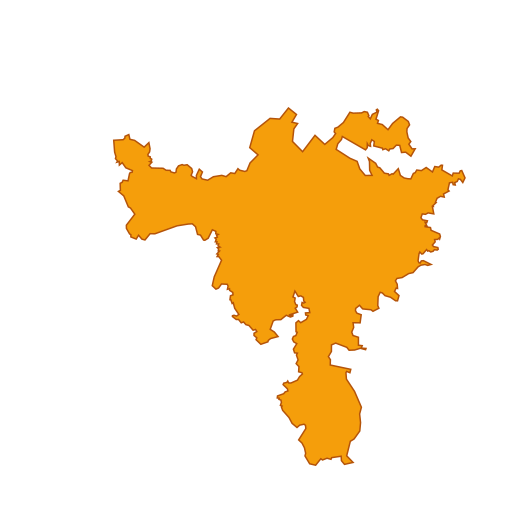 Teloloapan, Guerrero, Mexico (Robinson projection), rotated 199°
{"feature_id": "50627088B66496365235965", "entity_name": "Teloloapan", "entity_type": "district", "adm_level": 2, "iso_a3": "MEX", "parent_name": "Mexico", "parent_adm1": "Guerrero", "projection": "robinson", "projection_center": [-99.906, 18.387], "detail": "fine", "context": "isolated", "style": "filled", "palette": "amber", "viewbox_px": 512, "rotation_deg": 199, "n_neighbors": 0, "source": "geoboundaries", "source_scale": "gbopen_adm2", "svg_char_len": 6103}
<svg xmlns="http://www.w3.org/2000/svg" viewBox="0 0 512 512"><g transform="rotate(199 256 256)"><path d="M108.6,90.3L104.5,87.8L97.0,92.4L105.2,96.6L106.5,111.5L103.7,114.9L100.9,124.3L102.9,132.5L106.6,140.4L107.1,147.3L118.8,160.1L130.4,169.0L133.0,175.0L132.7,176.4L129.2,176.2L129.5,179.7L150.3,177.1L151.9,182.2L154.8,184.4L153.6,190.3L155.7,196.5L152.3,199.6L140.4,199.2L137.3,197.2L132.2,199.2L127.3,202.7L121.9,203.1L121.9,204.4L126.5,203.2L126.4,205.8L130.1,205.0L132.7,212.5L138.4,212.4L140.7,215.2L140.4,220.3L142.5,224.5L135.8,226.7L137.4,234.7L142.0,234.8L144.1,236.6L144.7,238.9L142.1,243.1L137.9,240.7L129.8,242.6L127.4,241.8L122.8,246.6L124.7,248.7L127.3,257.3L126.8,262.1L124.5,262.2L121.1,260.5L115.4,260.8L109.4,259.1L107.6,259.7L107.9,265.1L113.5,267.6L113.0,271.3L111.6,271.4L113.3,275.3L116.1,277.9L115.4,280.7L110.8,283.2L105.9,289.1L102.1,291.4L99.2,298.5L97.1,301.0L93.4,303.0L90.6,303.0L87.7,305.0L96.2,306.1L98.1,305.2L98.5,302.8L99.6,302.6L101.2,304.2L102.6,311.1L102.4,313.1L99.9,311.8L98.8,312.5L96.8,317.6L95.2,316.5L94.3,317.3L92.1,316.7L90.1,318.1L89.4,320.0L86.6,320.6L85.9,321.7L86.8,323.2L91.2,322.7L92.8,323.8L91.2,327.7L92.5,329.7L89.6,330.9L88.7,332.6L87.9,331.9L88.0,334.5L89.5,336.6L98.8,337.3L100.3,339.7L105.7,338.8L105.9,339.7L104.1,340.0L107.1,342.9L105.4,343.1L105.4,345.1L110.4,344.4L112.5,345.9L112.5,349.9L109.3,350.6L107.3,352.8L101.6,353.7L105.4,360.3L104.5,360.6L105.1,361.2L103.1,365.1L103.8,365.1L103.6,369.5L101.0,372.5L97.2,373.0L98.9,375.7L94.6,380.3L96.1,381.1L96.9,388.2L94.1,389.7L92.8,387.6L90.7,388.0L92.0,390.1L90.0,392.0L89.7,394.9L87.7,395.0L84.4,392.8L83.8,397.9L89.3,403.8L90.6,403.0L90.9,400.4L96.5,398.6L96.5,395.6L108.3,397.9L109.2,402.5L110.5,402.2L112.2,399.5L116.1,398.8L116.5,392.9L123.9,395.1L127.4,390.6L132.0,389.6L132.6,386.6L134.1,385.3L134.7,379.3L137.6,378.5L141.3,378.0L145.7,379.2L149.9,384.9L153.0,378.0L154.1,378.1L156.4,375.6L157.5,376.8L161.6,376.1L167.6,379.7L170.0,379.7L173.0,382.6L181.8,385.1L179.5,382.3L176.4,374.0L172.5,370.0L178.9,367.7L186.2,372.1L191.2,378.4L199.0,379.0L214.9,382.9L215.2,388.8L213.1,394.0L213.3,397.1L187.0,392.0L186.1,394.6L187.3,398.4L185.8,397.0L183.4,397.0L184.6,399.6L184.4,403.6L181.4,402.8L180.5,398.4L171.6,399.1L170.7,397.8L168.5,399.6L164.7,398.7L164.3,400.8L161.4,402.2L159.4,406.5L156.1,407.4L152.1,401.2L148.3,402.9L142.0,400.8L140.4,409.2L143.3,408.1L147.9,411.5L146.9,414.6L150.6,417.2L153.8,422.5L154.7,425.7L153.5,430.0L155.8,432.8L162.5,435.0L164.7,434.6L170.0,425.8L172.3,418.4L179.4,421.4L184.3,421.0L184.4,424.0L187.1,424.4L187.4,433.3L189.1,434.3L189.8,433.3L188.4,431.5L192.1,427.8L192.6,422.9L195.3,424.4L195.0,425.5L197.5,428.2L200.7,427.8L202.7,425.7L210.6,422.7L214.0,422.5L216.8,410.7L220.5,404.5L223.0,402.4L222.5,398.8L220.6,397.7L221.9,393.0L227.3,383.9L239.5,389.3L245.9,369.8L258.8,376.2L261.6,388.5L259.8,394.8L265.6,394.2L263.8,403.0L273.5,406.5L278.2,393.2L287.5,390.7L298.2,373.9L297.2,356.4L287.0,352.3L291.9,342.1L292.4,333.7L294.1,332.3L299.4,331.8L301.5,332.7L302.9,327.1L307.0,326.4L310.1,321.3L314.6,321.1L322.1,317.1L326.4,311.9L332.1,311.3L334.3,312.9L334.0,318.0L337.9,319.6L338.6,312.8L337.5,309.7L342.4,310.5L343.6,311.2L343.4,315.0L345.3,317.8L350.8,319.9L353.7,318.3L355.6,318.4L358.6,316.0L359.6,312.4L358.9,309.3L360.1,308.0L363.8,307.8L365.1,309.0L368.9,307.8L372.4,308.7L383.4,305.2L386.7,306.9L385.0,310.8L387.1,310.7L386.0,311.7L386.1,313.6L387.8,314.0L388.4,315.4L390.4,315.3L391.3,316.8L390.5,319.8L391.1,322.9L394.2,328.3L397.2,322.5L408.4,325.8L413.2,325.3L415.8,329.4L418.8,326.6L418.4,324.7L419.5,322.7L428.2,319.1L423.5,308.2L420.7,304.3L420.6,302.3L417.8,300.8L418.1,299.4L416.1,300.8L414.8,297.5L412.9,300.7L407.8,297.0L400.6,296.5L400.4,294.8L402.1,294.0L402.4,292.7L401.5,285.4L406.3,284.4L406.5,282.2L408.1,280.5L405.6,273.9L407.1,272.3L400.6,269.8L392.7,260.9L390.3,260.5L384.2,256.1L388.6,242.9L387.5,239.9L382.7,235.7L381.3,235.5L380.5,233.3L374.8,233.0L373.8,237.4L369.4,234.8L366.2,235.0L363.4,242.6L358.8,244.1L340.5,258.8L330.6,264.1L326.7,265.7L322.7,264.0L318.3,257.4L315.3,257.7L310.8,254.0L309.5,254.2L307.0,257.2L305.8,266.6L301.9,266.2L301.3,263.9L298.8,264.1L299.9,262.7L298.7,261.2L300.7,259.7L299.0,258.8L299.1,256.2L297.5,256.7L297.3,254.6L295.2,255.2L295.2,253.3L292.9,252.7L295.2,251.3L293.7,250.6L293.4,248.6L292.1,248.8L293.7,245.2L292.1,245.2L292.6,242.8L291.0,243.3L287.2,240.8L288.7,222.7L287.7,213.7L283.1,211.6L281.0,213.5L279.5,218.3L274.0,219.9L272.6,218.5L272.2,215.2L270.4,216.4L269.7,214.9L266.1,214.0L265.1,211.8L267.2,210.1L266.4,206.2L265.6,206.4L263.1,203.3L262.3,204.4L259.1,199.6L253.2,195.2L254.8,192.9L257.5,192.8L258.8,191.9L258.6,191.1L254.0,189.5L251.9,190.3L248.2,188.0L246.3,189.6L243.2,187.8L240.0,188.0L234.6,184.9L232.5,186.4L230.6,184.8L232.7,182.3L232.0,180.2L228.6,178.9L228.7,176.9L222.7,174.1L216.8,178.7L216.9,180.2L215.3,182.7L208.9,187.0L213.9,190.1L218.7,191.3L218.6,200.2L216.6,202.1L211.8,203.9L208.1,209.8L203.6,209.5L201.6,211.1L201.9,212.2L204.5,210.3L205.2,211.3L198.3,216.5L201.9,219.4L200.6,221.3L201.0,223.0L202.5,223.0L204.7,225.4L205.3,229.0L207.7,229.3L207.8,235.5L202.8,231.5L200.7,232.9L197.7,232.3L196.2,229.0L194.5,228.2L195.6,227.0L197.3,227.1L196.9,224.2L194.5,222.8L188.9,223.7L186.7,220.0L190.7,218.3L189.8,216.4L187.2,216.6L187.7,212.5L192.0,207.5L194.8,208.7L196.5,205.8L193.5,197.4L192.2,197.3L192.4,193.7L194.4,192.1L194.6,189.3L192.4,187.1L188.9,186.4L190.3,180.1L188.0,177.0L185.2,177.6L185.5,175.5L182.4,171.5L183.0,167.3L179.4,165.4L178.0,160.4L174.6,160.6L173.7,159.5L175.5,156.3L176.4,152.1L181.6,147.3L183.8,146.6L185.3,148.1L185.7,146.5L188.4,144.8L188.5,143.2L183.0,140.6L181.9,138.8L184.2,137.0L185.0,134.8L190.1,130.7L189.7,128.7L187.7,129.1L187.6,127.9L185.5,127.9L184.3,125.8L184.3,122.7L182.5,122.6L182.8,121.5L180.5,118.7L172.2,114.0L167.4,109.5L161.4,107.2L159.6,110.3L155.8,112.6L154.1,112.0L152.7,109.1L155.8,96.0L151.6,94.1L147.8,90.5L144.8,85.6L144.6,82.9L137.6,77.0L131.5,77.6L128.7,85.4L126.7,84.8L123.0,87.9L118.9,88.2L118.8,90.0L110.3,94.4L108.6,90.3Z" fill="#f59e0b" stroke="#b45309" stroke-width="1.5"/></g></svg>